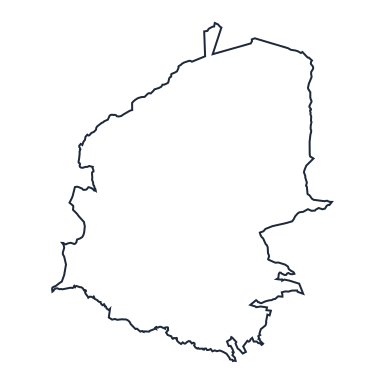 Acajete, Veracruz, Mexico
{"feature_id": "50627088B80053246551902", "entity_name": "Acajete", "entity_type": "district", "adm_level": 2, "iso_a3": "MEX", "parent_name": "Mexico", "parent_adm1": "Veracruz", "projection": "robinson", "projection_center": [-97.045, 19.566], "detail": "fine", "context": "isolated", "style": "outline", "palette": "slate", "viewbox_px": 384, "rotation_deg": 0, "n_neighbors": 0, "source": "geoboundaries", "source_scale": "gbopen_adm2", "svg_char_len": 5893}
<svg xmlns="http://www.w3.org/2000/svg" viewBox="0 0 384 384"><path d="M297.7,51.2L295.4,50.5L290.9,49.8L288.0,48.2L254.8,38.3L251.8,39.4L252.0,41.1L250.8,43.4L212.7,54.2L221.4,27.5L220.0,26.7L218.0,24.4L214.8,23.0L214.1,26.5L212.3,26.8L208.7,28.8L207.4,30.9L204.2,31.4L205.1,56.3L191.9,61.7L190.6,60.9L188.9,60.9L183.9,62.6L181.9,63.8L181.0,64.8L178.9,66.0L178.4,66.7L178.6,67.7L177.0,71.3L174.8,72.6L171.6,73.9L171.2,74.5L171.2,76.6L169.7,77.5L169.1,78.7L168.4,82.0L167.8,83.0L164.2,84.7L162.5,84.7L161.3,86.7L158.9,88.0L154.4,89.4L153.6,90.6L150.8,93.4L149.0,93.2L147.9,93.6L144.6,96.9L141.9,97.0L138.2,98.0L135.3,99.8L133.6,101.2L132.1,102.9L132.2,110.0L129.9,110.7L123.0,114.7L121.6,115.8L120.0,116.3L118.5,116.5L116.8,116.2L116.0,115.2L114.4,114.8L113.2,115.0L112.1,114.7L110.5,115.0L109.5,115.9L107.9,119.6L104.2,121.3L103.1,122.3L101.5,123.0L97.2,126.4L96.3,127.8L96.0,129.7L94.0,131.8L91.5,132.9L89.3,135.3L88.4,135.5L87.3,134.7L85.5,136.8L84.9,140.0L83.6,141.5L82.3,145.0L80.8,143.9L79.2,145.8L79.4,147.3L79.8,147.8L80.2,148.8L80.0,149.5L80.3,149.6L79.5,151.9L79.7,153.1L79.2,158.1L78.6,161.6L78.7,162.7L79.8,163.4L80.0,164.3L79.6,165.8L80.0,166.9L81.0,167.6L82.7,167.8L85.5,166.9L87.4,166.9L89.2,166.0L92.8,166.9L92.5,167.7L93.5,170.6L93.5,171.5L92.5,171.9L92.0,173.0L92.3,178.2L92.0,179.5L93.1,182.5L93.2,184.1L93.6,185.4L94.1,185.8L94.5,187.6L95.4,189.1L95.7,190.8L95.0,190.3L94.6,190.6L94.0,190.4L93.8,189.9L91.6,188.2L89.1,187.3L88.4,187.2L86.8,189.2L85.9,189.7L83.9,189.9L82.8,189.5L82.1,188.6L78.4,187.0L76.9,186.7L74.9,187.1L72.7,195.9L71.7,198.4L69.5,202.7L73.1,205.7L73.3,206.9L73.0,209.8L76.9,213.7L79.0,216.5L83.9,221.9L84.8,226.2L84.2,232.2L83.4,235.0L82.2,237.1L79.9,238.5L77.1,239.5L76.3,242.4L75.3,243.6L74.3,244.0L71.1,242.9L70.0,242.9L67.5,243.5L65.8,244.4L64.3,243.8L63.5,243.0L62.1,242.9L63.6,244.9L64.2,247.8L62.8,252.7L62.9,254.4L64.2,256.7L66.0,264.5L64.2,274.9L61.8,281.6L59.7,282.9L55.6,286.1L54.2,286.5L52.4,287.6L52.1,288.9L52.4,291.6L53.5,290.8L54.2,289.6L55.4,288.5L57.3,288.3L59.4,289.2L60.9,289.0L62.4,289.3L70.7,287.7L72.3,288.0L74.1,287.3L73.9,286.3L74.3,285.8L75.2,287.0L75.7,286.2L76.5,286.0L79.9,287.2L81.2,287.2L82.7,288.2L83.9,290.2L84.7,289.9L85.9,290.5L86.0,291.1L85.0,292.0L85.6,293.7L88.0,296.9L88.3,297.7L89.7,296.7L91.6,296.8L93.0,297.7L93.8,296.6L94.3,297.4L94.3,298.4L94.9,299.0L97.5,300.2L97.7,300.8L98.8,301.7L100.5,302.0L100.4,302.5L101.5,304.3L102.0,304.5L102.4,305.2L103.6,304.9L104.1,304.2L104.3,304.4L104.8,306.3L105.3,306.1L106.2,307.0L106.5,308.4L108.9,310.1L110.0,308.9L108.8,317.5L112.1,319.6L115.1,319.0L117.1,319.8L121.7,319.3L126.3,319.5L128.3,320.6L129.8,322.1L130.7,324.1L135.5,329.0L137.0,328.7L140.3,331.6L142.3,331.0L143.2,331.8L143.9,332.0L144.2,331.4L149.1,331.6L149.9,330.8L155.3,328.7L155.8,328.9L155.2,327.7L156.4,326.9L157.8,327.7L159.6,326.8L160.8,326.8L164.8,328.6L164.6,328.1L165.1,327.5L167.6,327.3L168.0,327.7L168.1,330.2L166.1,332.5L167.7,335.0L171.3,336.3L172.2,338.3L172.9,338.8L173.9,338.0L175.3,338.3L176.2,337.9L176.8,338.1L177.0,339.2L176.7,339.6L177.1,340.7L178.7,342.4L181.1,344.0L182.7,342.4L184.2,343.5L185.4,343.5L186.9,342.1L188.9,341.0L189.4,341.4L190.3,341.4L191.7,343.4L192.3,343.3L192.8,342.8L193.8,342.8L194.5,343.4L194.7,344.3L194.1,345.3L195.3,347.3L196.8,348.4L197.5,348.6L198.2,348.0L199.2,348.8L202.2,348.6L203.2,349.5L204.1,349.5L204.2,348.7L205.9,348.5L207.0,350.0L208.8,349.9L210.7,349.0L212.4,351.3L214.8,350.4L216.9,351.2L219.8,350.5L222.4,351.5L226.5,353.7L229.4,357.7L230.0,359.4L232.4,359.8L232.9,361.0L234.3,360.7L235.6,360.9L234.8,357.6L232.4,355.2L233.4,353.0L232.7,352.3L233.6,352.0L232.4,349.0L230.6,345.9L228.7,346.0L227.0,341.5L230.7,339.3L231.3,337.1L232.1,337.5L236.3,342.0L235.5,343.5L237.7,348.5L239.6,349.9L242.7,353.5L245.9,351.9L243.2,346.4L247.4,340.8L248.6,341.6L249.5,341.3L250.8,339.1L252.2,337.9L253.8,341.6L256.7,341.5L258.3,343.1L259.9,343.2L261.7,344.9L263.1,343.7L259.9,340.6L259.7,339.1L258.6,339.0L258.9,337.6L258.3,336.2L260.2,335.0L259.4,334.0L260.8,329.2L265.5,325.4L266.3,322.7L266.0,321.9L267.4,314.6L269.6,315.4L270.9,310.7L266.4,310.2L267.0,307.4L260.7,306.5L256.2,307.2L255.7,306.6L250.3,304.9L256.1,300.2L257.5,301.3L258.1,302.2L258.9,302.2L260.5,303.1L261.5,303.1L265.3,301.4L269.0,300.4L271.8,300.1L272.8,299.4L275.2,298.9L278.2,296.3L282.4,296.7L282.4,294.7L281.8,292.3L285.2,291.4L288.7,291.6L291.6,290.6L297.1,290.5L297.6,291.8L303.2,293.8L299.2,283.7L289.7,280.7L284.4,279.6L282.3,280.6L282.4,279.7L282.1,279.4L280.6,279.6L276.7,279.1L278.3,278.1L278.8,273.9L279.6,272.6L280.9,272.7L281.5,273.5L284.6,275.0L286.3,274.8L287.1,273.5L288.5,273.0L290.4,274.1L292.7,274.2L294.4,273.8L293.8,272.5L292.7,271.6L291.3,271.0L288.8,269.1L287.9,266.5L285.1,264.6L278.4,262.5L275.3,262.7L268.5,259.7L268.1,259.2L269.1,256.3L268.7,254.7L268.0,253.3L267.7,247.3L266.8,245.1L265.8,244.3L263.1,238.4L261.7,237.1L260.6,235.3L259.8,232.6L263.4,231.3L265.5,228.9L272.6,226.1L286.1,223.1L292.2,221.3L293.7,219.3L295.1,216.4L297.7,213.4L299.4,212.3L303.2,211.8L307.9,209.2L311.5,210.8L314.9,210.6L315.7,209.7L318.7,208.0L322.5,209.3L325.0,208.6L326.6,205.9L328.2,204.9L329.4,205.0L331.9,201.9L329.4,201.8L326.9,200.7L324.4,201.2L313.6,199.8L312.0,198.8L309.5,195.3L307.7,194.2L307.5,193.7L306.9,186.9L306.0,185.7L306.9,182.7L305.3,177.6L305.3,176.0L303.9,172.2L304.5,170.0L306.3,165.6L313.5,158.5L310.1,156.4L309.7,154.3L309.6,141.8L310.4,134.7L311.1,132.1L311.2,130.3L310.6,129.0L310.7,125.9L311.5,122.0L311.0,121.0L311.2,116.3L310.4,114.2L310.6,112.5L310.1,111.3L310.2,110.2L310.9,109.9L311.0,109.2L309.4,107.0L309.4,106.0L311.5,101.8L311.5,100.8L311.0,100.0L310.3,97.6L310.3,92.2L308.2,88.9L308.0,87.7L308.9,83.6L311.6,77.0L311.1,73.5L311.2,71.9L312.8,69.4L313.2,68.1L313.1,67.0L312.4,65.7L311.2,64.5L310.8,63.3L311.2,61.5L312.0,60.5L308.8,57.6L308.1,57.7L307.0,56.9L302.4,52.0L301.0,53.0L297.7,51.2Z" fill="none" stroke="#1e293b" stroke-width="2"/></svg>